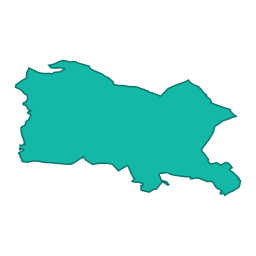 the district of Åmli nor, Aust-Agder, Norway
{"feature_id": "86288312B47311775566626", "entity_name": "Åmli nor", "entity_type": "district", "adm_level": 2, "iso_a3": "NOR", "parent_name": "Norway", "parent_adm1": "Aust-Agder", "projection": "natural_earth1", "projection_center": [8.405, 58.8], "detail": "fine", "context": "isolated", "style": "filled", "palette": "teal", "viewbox_px": 256, "rotation_deg": 0, "n_neighbors": 0, "source": "geoboundaries", "source_scale": "gbopen_adm2", "svg_char_len": 5674}
<svg xmlns="http://www.w3.org/2000/svg" viewBox="0 0 256 256"><path d="M240.6,180.9L240.2,180.4L239.9,180.3L239.2,179.5L238.0,178.7L238.9,178.4L237.9,177.4L237.7,176.7L237.4,176.2L236.6,175.9L235.6,175.0L233.1,172.4L231.6,171.5L230.0,170.1L229.3,169.7L230.2,169.2L230.0,168.6L230.3,168.3L230.7,168.1L231.6,168.1L232.1,167.6L229.7,164.4L229.3,164.1L228.0,163.2L226.2,162.5L223.9,163.5L220.8,165.0L219.4,164.2L218.6,163.8L216.4,162.7L215.5,163.0L213.1,163.6L210.5,164.0L209.9,163.9L209.7,163.5L209.8,163.4L209.6,163.3L208.3,161.2L208.0,160.3L208.4,159.5L208.0,159.0L207.9,158.7L206.5,156.9L206.2,156.4L204.4,153.9L202.1,151.5L201.9,151.0L201.6,148.8L202.1,148.5L203.4,147.3L203.7,145.9L203.9,145.6L204.5,145.0L205.3,144.6L206.6,142.5L207.0,142.0L207.6,141.1L208.2,140.8L208.6,140.0L210.3,137.4L211.2,135.5L213.1,132.7L213.6,131.4L214.2,128.6L215.0,126.2L216.0,125.6L216.5,125.2L218.2,124.2L219.1,123.5L220.2,122.9L221.2,121.9L223.1,120.7L226.5,119.6L227.6,119.4L232.5,117.2L236.0,116.4L232.5,113.5L230.8,111.5L230.5,110.9L230.3,109.7L229.8,109.4L228.2,109.0L221.2,106.7L220.5,106.4L215.4,104.6L210.5,102.6L211.2,101.8L211.2,101.3L210.3,100.4L210.3,99.6L209.9,99.1L209.1,98.4L207.3,97.1L206.6,96.9L206.1,96.6L205.9,96.0L206.6,95.5L206.2,94.5L205.6,94.3L204.9,94.2L204.7,94.0L200.6,88.8L199.1,87.4L198.4,86.6L198.1,86.4L197.1,86.1L196.5,85.8L194.2,85.0L191.6,83.5L189.8,82.1L188.5,80.1L185.5,81.7L176.8,84.8L168.1,88.6L160.6,96.3L152.1,92.8L150.8,92.7L148.4,91.8L148.2,91.7L147.9,91.3L147.8,90.9L147.0,90.7L146.7,90.7L145.8,90.4L144.8,90.3L144.5,90.1L144.6,89.6L141.9,89.0L138.6,87.7L136.3,87.0L134.3,86.7L129.7,86.7L122.3,85.4L119.3,85.6L118.3,85.5L113.6,84.4L113.7,84.0L113.3,83.0L113.2,82.5L113.2,82.2L113.0,81.8L112.3,81.1L109.8,79.0L109.1,78.2L107.0,77.1L105.0,76.3L102.3,74.2L99.0,72.7L93.2,70.4L92.7,70.0L90.0,68.5L89.1,66.1L81.0,63.9L78.0,63.0L75.1,61.6L72.7,61.8L71.9,62.0L70.1,61.9L68.0,61.6L64.3,60.7L62.1,60.6L61.4,61.0L59.1,61.7L57.5,62.6L53.8,64.1L52.3,64.6L50.7,64.8L48.7,65.3L51.4,67.9L52.2,68.0L52.8,67.9L53.2,68.0L53.7,68.0L54.6,67.7L54.9,67.8L54.9,68.0L55.0,68.1L56.4,68.2L56.8,68.1L57.4,67.5L58.2,67.4L58.4,67.5L58.4,67.8L59.6,67.7L60.6,68.0L61.2,67.8L61.5,68.0L63.3,68.4L63.8,68.6L64.3,68.4L64.8,69.3L63.8,69.7L60.6,71.5L58.4,72.1L56.9,72.1L54.5,72.5L53.7,72.7L53.1,73.1L52.1,73.9L50.0,73.5L48.2,73.4L45.4,73.6L43.3,73.4L41.8,73.3L38.8,72.7L37.6,72.1L36.5,71.9L35.9,71.4L29.0,68.0L27.7,70.6L27.5,71.3L26.9,72.1L26.5,75.0L26.4,75.5L27.1,77.8L25.2,78.7L22.3,80.4L19.4,82.3L18.9,82.8L16.0,84.8L15.4,87.2L20.7,89.6L24.6,93.9L27.2,95.0L27.7,99.2L25.5,102.0L23.1,103.1L23.1,104.6L25.9,105.2L28.4,109.8L30.9,110.8L30.2,111.6L29.1,111.6L28.3,111.8L27.5,112.9L28.6,113.7L30.8,114.5L30.8,115.0L30.7,115.4L29.2,118.5L28.7,119.9L26.9,120.8L26.1,121.7L25.4,123.0L25.6,124.4L24.1,125.7L21.9,126.6L21.4,127.6L20.8,128.0L21.1,129.5L21.2,131.2L21.2,132.4L21.5,133.0L22.0,134.0L22.1,134.3L21.8,135.0L22.4,136.7L23.6,138.7L23.5,139.8L23.7,140.5L24.9,141.9L24.5,142.1L24.5,142.7L24.3,143.0L24.3,143.5L24.0,143.8L24.7,143.9L24.8,144.1L24.8,144.3L25.0,144.5L24.5,144.6L23.7,144.7L23.5,145.0L23.2,145.1L21.9,145.3L21.6,145.5L21.0,145.4L20.2,145.1L20.4,148.4L19.5,148.5L19.8,149.0L19.8,149.4L19.7,149.6L20.0,149.9L20.3,149.8L20.6,149.3L21.0,149.2L21.6,149.2L22.1,148.9L22.6,148.9L23.2,149.2L23.2,149.4L23.6,149.7L23.8,150.3L23.7,150.4L23.6,150.6L19.4,152.4L18.6,153.2L18.7,153.5L19.9,154.8L20.4,155.7L20.2,156.3L20.2,156.9L20.8,157.6L21.1,158.1L22.2,161.5L27.2,162.2L33.9,160.9L39.7,161.4L43.1,162.3L50.7,162.7L61.2,163.7L69.3,164.3L71.5,164.0L73.7,163.0L79.2,159.4L80.3,158.6L82.4,157.6L82.7,157.3L83.3,156.3L84.1,157.8L85.4,159.6L85.8,160.1L92.7,164.4L99.6,163.2L101.0,163.4L106.6,163.2L112.1,164.1L113.1,165.0L115.9,168.0L116.1,168.3L116.8,168.9L118.6,170.8L123.8,167.5L127.6,165.5L128.3,166.4L128.8,167.7L128.9,168.2L129.6,169.4L129.9,170.2L129.9,170.7L130.8,171.8L130.6,172.0L131.2,173.5L132.5,175.9L132.5,176.0L133.0,176.7L133.3,177.8L134.7,179.0L132.1,181.3L134.4,182.1L136.6,182.1L137.2,181.9L137.6,182.4L138.3,182.2L139.1,182.2L139.4,182.3L139.8,182.7L141.0,182.9L141.6,183.4L142.0,183.4L143.1,184.0L143.0,184.7L142.8,184.8L142.7,185.2L142.6,185.3L142.5,185.6L142.6,186.0L141.9,185.7L141.7,185.5L140.9,185.6L141.0,185.9L141.0,186.2L141.2,186.6L141.2,187.1L141.1,187.3L141.3,188.0L141.3,188.3L141.0,188.9L141.3,189.5L141.0,189.9L142.6,190.6L149.3,192.1L153.3,189.6L156.4,189.0L156.5,188.7L157.1,188.2L157.8,187.4L158.5,186.9L158.7,186.1L158.9,185.7L160.8,183.7L161.2,183.0L161.7,182.1L162.0,182.0L162.5,182.1L163.9,182.7L164.5,182.8L165.0,183.0L165.9,183.7L166.2,184.1L166.3,184.3L166.8,184.5L167.3,184.8L167.6,184.8L167.8,185.0L168.6,184.7L168.8,184.5L168.4,184.4L168.1,184.3L167.2,183.7L167.3,183.2L167.5,183.1L166.8,182.2L166.4,181.9L162.3,180.5L161.2,180.3L161.1,179.7L160.8,179.2L160.7,178.5L160.0,177.0L159.8,176.4L159.2,175.4L159.2,174.8L159.5,173.8L159.6,173.6L159.8,173.4L160.0,173.4L167.7,172.6L169.8,173.9L171.0,174.4L175.2,175.3L181.1,176.2L182.7,176.3L184.8,176.7L190.3,176.8L190.2,178.0L190.3,178.6L190.9,178.8L191.7,178.8L193.0,178.6L195.6,177.9L197.9,178.0L200.4,178.7L201.1,178.8L201.6,179.3L207.1,181.5L208.3,181.6L210.6,181.3L211.5,181.6L212.7,182.4L213.1,182.5L213.3,182.6L213.6,183.5L214.5,185.0L215.5,185.8L215.3,186.6L216.7,187.6L217.4,188.6L217.7,188.8L218.7,188.9L219.5,189.3L221.9,191.3L222.0,191.5L220.5,192.3L220.5,192.6L220.3,193.2L220.4,193.3L220.5,193.9L220.9,194.0L221.5,194.0L223.9,193.3L224.4,193.6L224.4,194.4L224.5,194.7L225.1,195.4L225.5,194.9L227.3,193.6L228.3,193.2L229.5,192.3L231.9,191.5L233.8,190.4L236.1,188.9L237.4,188.3L238.7,187.4L239.6,185.7L240.1,182.5L240.6,180.9Z" fill="#14b8a6" stroke="#0f766e" stroke-width="1.5"/></svg>